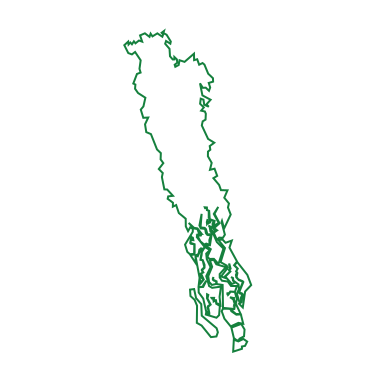 the district of Satkhira, Khulna, Bangladesh, rotated 351°
{"feature_id": "16705992B60176987344662", "entity_name": "Satkhira", "entity_type": "district", "adm_level": 2, "iso_a3": "BGD", "parent_name": "Bangladesh", "parent_adm1": "Khulna", "projection": "equal_earth", "projection_center": [89.15, 22.3], "detail": "fine", "context": "isolated", "style": "outline", "palette": "green", "viewbox_px": 384, "rotation_deg": 351, "n_neighbors": 0, "source": "geoboundaries", "source_scale": "gbopen_adm2", "svg_char_len": 6097}
<svg xmlns="http://www.w3.org/2000/svg" viewBox="0 0 384 384"><g transform="rotate(351 192 192)"><path d="M152.5,33.5L148.1,36.4L150.8,44.8L154.2,46.7L157.7,44.8L161.9,53.9L159.4,62.1L159.9,66.0L156.1,66.8L151.0,75.7L152.9,77.0L151.9,81.1L154.2,85.8L160.7,91.6L157.4,99.9L154.3,102.6L155.5,111.1L160.4,111.6L156.2,117.8L156.2,125.7L160.5,128.4L164.1,144.5L167.3,148.7L166.1,154.9L168.2,159.0L162.8,164.1L166.1,168.7L164.6,172.5L165.1,185.1L167.9,185.7L172.6,192.8L167.8,192.6L166.9,194.9L171.5,199.6L170.8,203.5L174.3,202.4L175.7,210.7L181.6,217.4L180.5,225.0L182.0,230.0L184.7,226.7L187.1,228.5L186.5,231.5L176.9,242.9L178.0,250.4L180.2,253.1L184.4,253.5L186.1,244.0L182.9,243.0L182.4,242.5L182.3,241.9L183.3,238.8L185.6,239.6L185.6,237.6L184.2,237.8L183.7,236.8L183.9,236.1L185.2,235.8L183.9,236.8L185.7,237.4L185.8,239.8L183.5,239.2L182.4,241.9L186.4,244.0L185.0,252.9L184.3,254.1L180.6,254.1L184.7,263.2L185.5,255.1L186.3,254.9L187.4,255.8L187.7,254.6L188.8,254.1L190.3,250.1L192.2,249.1L193.5,249.7L194.1,250.6L195.8,248.1L189.7,237.3L190.5,234.9L194.4,235.0L192.3,233.4L191.6,229.5L188.0,228.2L183.9,222.0L188.4,227.7L191.7,228.8L195.0,234.8L193.9,236.4L190.4,235.9L192.6,242.1L195.8,245.8L198.0,245.2L201.1,246.9L201.6,242.2L204.1,237.4L201.1,237.1L200.2,236.5L199.3,234.7L199.2,230.5L195.0,229.3L194.1,226.2L198.1,215.1L194.9,228.3L198.9,229.4L200.0,231.0L200.6,236.3L203.6,236.6L204.5,237.8L201.4,247.4L196.2,246.3L201.6,251.4L197.1,258.2L198.7,260.8L203.2,261.5L206.9,267.2L214.2,252.8L208.7,245.3L206.7,237.5L204.0,233.9L204.0,228.5L206.7,230.5L207.5,226.1L209.4,224.3L206.1,222.7L205.1,224.9L201.9,225.8L201.9,224.1L203.2,221.1L202.1,225.6L205.5,222.6L204.5,220.0L205.6,213.1L203.9,212.2L204.0,210.0L202.4,210.0L202.2,209.1L204.3,209.6L204.0,212.0L206.0,213.3L205.3,221.6L209.8,224.1L207.2,230.9L204.1,229.6L206.5,235.3L210.2,233.8L207.6,232.6L208.0,230.1L210.6,227.8L213.6,226.9L210.1,217.1L215.6,210.8L210.8,217.1L214.3,227.2L208.2,231.1L210.8,233.8L207.1,235.7L209.1,243.1L211.8,241.3L215.3,242.1L217.8,239.3L216.5,226.3L217.1,225.2L218.0,233.1L226.7,220.3L225.1,212.9L226.7,209.1L223.0,202.7L227.3,195.9L220.9,194.7L219.9,189.3L215.3,181.7L219.4,180.0L217.9,172.5L213.2,172.9L216.0,166.3L213.3,159.2L214.1,154.6L216.7,153.1L216.7,149.4L221.7,146.8L216.2,142.1L212.1,127.8L213.6,123.9L216.7,122.6L217.9,116.9L217.3,114.5L213.8,113.1L216.9,110.3L213.8,106.1L215.2,101.2L217.8,102.6L217.7,107.7L221.9,110.4L220.0,107.7L224.8,103.8L217.4,98.2L216.9,85.9L219.0,90.8L221.9,91.1L224.6,94.7L226.3,91.6L225.6,86.9L230.1,86.3L230.5,82.9L226.5,77.7L224.2,68.1L222.6,66.3L219.0,67.4L217.9,61.7L214.7,62.1L215.6,55.7L205.0,62.3L200.3,59.9L198.7,64.5L195.1,65.7L194.8,63.6L197.7,62.0L197.8,58.7L195.7,55.9L195.3,58.3L193.7,58.1L191.5,54.5L192.2,47.1L188.7,41.4L190.0,38.8L193.8,42.1L194.6,40.1L191.5,32.7L188.6,30.5L189.5,28.6L186.9,30.0L188.2,31.9L187.0,34.0L182.6,29.9L177.3,32.1L175.9,29.1L174.3,32.1L170.3,27.9L165.2,29.2L166.3,35.7L163.3,34.1L159.4,36.3L158.2,34.1L155.8,36.7L154.5,34.7L152.4,36.4L152.5,33.5ZM196.1,260.7L196.4,255.1L200.6,252.1L196.1,248.4L192.4,252.7L191.6,255.8L190.0,259.8L192.0,261.0L193.0,265.9L192.5,268.8L189.7,270.9L190.6,273.2L188.2,274.0L189.9,280.3L186.2,283.6L185.2,281.0L183.7,286.4L187.7,287.4L188.9,285.3L192.3,281.8L188.2,287.5L183.6,287.1L182.9,292.3L186.4,299.0L187.3,312.1L189.8,314.3L189.4,308.2L190.1,307.1L192.4,306.3L190.2,299.4L190.9,295.4L192.0,296.2L190.6,299.6L192.8,306.1L189.9,308.0L190.2,314.3L189.6,314.6L187.2,313.1L186.5,315.2L196.5,320.0L199.5,317.9L201.7,308.8L198.5,306.2L198.5,302.8L196.4,303.5L196.1,301.9L197.0,300.3L194.9,300.2L194.7,299.6L197.2,300.0L196.5,303.0L197.9,302.4L198.8,302.9L198.7,305.9L200.3,306.4L201.9,308.5L202.3,310.0L202.8,299.9L205.8,290.0L196.9,289.8L194.2,287.6L192.9,277.3L198.6,269.1L196.1,260.7ZM202.8,262.3L199.0,262.6L200.2,269.0L194.9,277.6L194.8,283.5L197.1,286.9L201.3,286.6L202.1,284.2L199.6,282.8L198.9,281.9L199.0,280.9L199.8,279.3L199.1,281.9L202.3,284.1L202.0,286.8L207.7,288.6L204.5,311.3L215.0,314.0L215.7,313.0L216.0,309.9L216.8,308.5L216.2,306.9L216.4,305.8L215.9,304.8L216.5,303.6L215.3,303.9L213.1,301.9L216.7,303.3L217.0,308.5L216.2,310.0L217.6,309.6L219.6,305.0L218.7,297.5L214.6,296.5L211.6,299.2L211.0,298.7L211.2,296.7L211.5,299.0L214.2,296.3L218.8,297.3L221.7,291.9L215.8,290.9L213.3,286.0L207.7,284.3L206.0,280.8L206.5,277.4L213.7,271.5L204.7,267.2L202.8,262.3ZM217.2,247.4L214.7,243.7L210.5,243.5L215.8,252.5L209.3,265.8L214.8,270.1L215.2,272.7L207.5,280.0L212.5,282.7L211.4,280.5L217.2,276.5L216.2,274.7L218.0,273.6L217.2,272.0L217.4,269.2L217.6,268.5L218.1,273.5L217.9,274.0L216.4,274.6L217.5,276.5L211.7,280.8L217.0,289.1L220.6,288.2L218.6,285.9L218.7,283.3L217.2,282.1L219.0,283.3L219.0,286.0L223.5,290.6L223.2,295.3L220.4,299.5L221.6,307.8L223.3,308.2L223.8,304.1L225.8,300.9L223.2,299.6L222.7,299.0L222.6,298.2L228.3,288.6L224.4,286.3L222.4,283.2L222.4,280.7L222.9,279.9L223.8,279.4L223.1,277.3L225.0,274.9L222.1,270.9L225.6,267.7L220.3,252.8L223.7,246.2L217.2,247.4ZM195.0,330.4L182.3,315.7L183.6,304.2L179.4,297.4L178.9,288.2L174.8,288.1L174.2,294.5L177.7,298.9L179.2,305.1L176.3,322.0L180.6,325.4L188.0,338.3L193.5,338.5L195.6,334.6L195.0,330.4ZM224.1,314.0L228.9,298.6L235.9,293.2L233.7,282.5L225.8,268.4L222.4,270.8L225.2,274.8L223.3,277.2L224.2,279.1L222.7,283.0L224.0,285.5L228.1,288.0L228.6,289.0L222.9,298.4L225.6,300.1L226.1,301.3L223.5,308.7L221.0,309.8L224.1,314.0ZM211.8,313.4L204.3,312.1L202.7,314.4L204.2,322.2L209.2,330.8L217.4,328.5L222.0,330.2L221.1,320.5L216.6,320.1L212.2,315.9L211.8,313.4ZM220.0,330.0L209.7,332.1L210.5,342.8L212.6,345.1L214.7,346.1L216.0,344.3L220.8,342.7L222.4,336.0L220.0,330.0ZM189.7,260.3L192.1,252.8L193.5,251.0L192.1,249.4L187.6,256.4L185.9,255.3L185.5,257.5L186.2,283.0L189.6,280.0L187.9,278.2L187.9,274.0L190.3,273.1L189.4,271.0L189.6,270.2L192.4,268.3L191.9,261.2L189.7,260.3ZM214.4,346.8L210.2,344.4L207.7,356.1L216.8,354.7L217.1,352.4L220.3,352.3L223.1,348.4L219.8,345.2L214.4,346.8ZM221.0,320.2L218.2,310.5L216.7,310.4L215.5,314.2L212.0,314.5L216.5,319.4L221.0,320.2Z" fill="none" stroke="#15803d" stroke-width="2"/></g></svg>